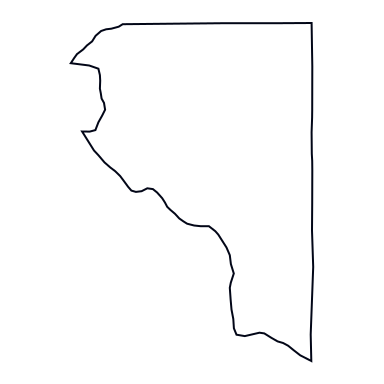 outline of São Carlos do Ivaí, Paraná, Brazil
{"feature_id": "56859067B30476837708549", "entity_name": "São Carlos do Ivaí", "entity_type": "district", "adm_level": 2, "iso_a3": "BRA", "parent_name": "Brazil", "parent_adm1": "Paraná", "projection": "albers", "projection_center": [-52.502, -23.368], "detail": "fine", "context": "isolated", "style": "outline", "palette": "ink", "viewbox_px": 384, "rotation_deg": 0, "n_neighbors": 0, "source": "geoboundaries", "source_scale": "gbopen_adm2", "svg_char_len": 1176}
<svg xmlns="http://www.w3.org/2000/svg" viewBox="0 0 384 384"><path d="M311.6,23.0L277.1,23.2L266.9,23.2L238.6,23.2L223.7,23.2L122.7,24.2L118.7,26.7L111.3,28.7L106.1,29.3L101.1,31.0L95.6,35.8L92.1,41.4L87.0,45.4L83.2,49.4L77.0,54.1L74.2,58.0L70.8,63.2L89.2,65.5L98.4,68.7L99.9,75.1L100.2,80.7L99.9,88.7L100.8,93.3L101.6,98.6L104.0,102.9L105.1,109.7L102.1,115.7L98.4,122.3L95.4,130.1L89.7,131.6L82.1,131.5L94.0,150.5L98.3,155.1L104.5,162.4L110.2,167.4L115.2,171.2L120.2,176.1L124.3,181.6L128.1,186.8L131.4,190.6L135.9,191.9L141.6,191.2L147.3,188.3L152.9,189.1L157.1,192.5L162.2,198.2L165.0,202.6L167.2,206.8L170.4,209.9L175.0,213.8L179.2,218.4L183.3,221.3L187.1,223.7L194.1,225.5L200.7,226.2L208.9,226.2L215.3,231.2L218.3,234.6L226.5,247.5L229.8,255.2L230.9,264.1L233.8,273.5L230.8,282.7L229.8,287.8L230.6,299.2L231.5,309.5L233.3,319.0L233.9,328.3L236.5,334.7L244.8,336.1L259.5,332.7L264.3,333.4L271.5,337.9L277.6,341.4L283.1,343.0L288.1,345.7L293.4,350.0L300.2,355.3L311.3,361.0L310.7,334.5L313.2,267.0L312.0,230.4L312.2,202.9L312.3,170.7L312.2,160.9L311.8,153.8L311.6,132.1L312.1,117.8L312.2,110.2L312.3,66.3L311.6,23.0Z" fill="none" stroke="#020617" stroke-width="2"/></svg>